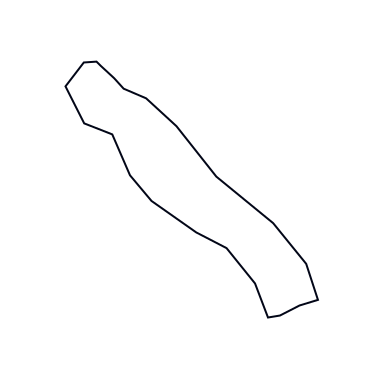 the border of Aerodrom, rotated 14°
{"feature_id": "MKD-2937", "entity_name": "Aerodrom", "entity_type": "Municipality", "adm_level": 1, "iso_a3": "MKD", "parent_name": "North Macedonia", "parent_adm1": "", "projection": "equal_earth", "projection_center": [21.482, 41.951], "detail": "fine", "context": "isolated", "style": "outline", "palette": "ink", "viewbox_px": 384, "rotation_deg": 14, "n_neighbors": 0, "source": "natural_earth", "source_scale": "10m", "svg_char_len": 452}
<svg xmlns="http://www.w3.org/2000/svg" viewBox="0 0 384 384"><g transform="rotate(14 192 192)"><path d="M49.2,126.5L43.7,120.1L55.7,92.5L58.5,91.6L67.8,88.6L73.0,91.7L88.9,100.4L100.7,108.3L124.8,112.2L161.0,131.9L211.9,171.2L278.3,202.6L320.2,234.1L340.3,266.2L323.8,276.1L307.2,290.6L296.1,295.4L275.3,265.5L239.1,238.1L205.9,230.2L154.9,210.5L127.8,190.8L100.7,155.4L70.8,151.5L49.2,126.5Z" fill="none" stroke="#020617" stroke-width="2"/></g></svg>